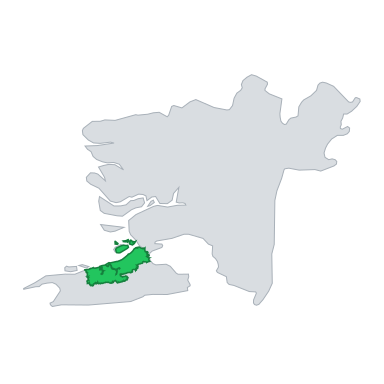 Chittagong, Chittagong, Bangladesh (highlighted), rotated 92°
{"feature_id": "16705992B94200136889214", "entity_name": "Chittagong", "entity_type": "district", "adm_level": 2, "iso_a3": "BGD", "parent_name": "Bangladesh", "parent_adm1": "Chittagong", "projection": "albers", "projection_center": [91.95, 22.424], "detail": "fine", "context": "in_parent", "style": "filled", "palette": "green", "viewbox_px": 384, "rotation_deg": 92, "n_neighbors": 0, "source": "geoboundaries", "source_scale": "gbopen_adm2", "svg_char_len": 9692}
<svg xmlns="http://www.w3.org/2000/svg" viewBox="0 0 384 384"><g transform="rotate(92 192 192)"><path d="M123.0,281.6L123.1,271.3L116.7,250.9L117.1,248.7L115.8,238.9L114.2,233.4L113.5,227.6L117.7,219.4L116.1,218.0L107.2,215.3L106.2,213.2L108.3,205.0L102.0,197.2L99.5,191.4L106.8,172.9L108.8,160.0L108.4,157.5L104.2,154.5L96.8,153.2L91.6,150.6L88.7,146.9L86.1,145.4L82.9,146.4L78.8,144.9L75.4,141.1L72.7,136.6L73.9,131.8L79.6,120.6L81.6,120.3L86.3,122.6L88.0,122.6L91.2,118.2L95.8,105.4L110.7,106.9L114.3,106.5L118.1,105.6L120.1,104.0L121.3,102.0L120.9,100.2L116.4,97.7L114.7,95.8L113.5,90.7L112.2,88.7L103.2,88.2L98.6,85.7L96.1,83.6L91.7,76.5L86.1,71.1L80.8,69.8L78.7,68.0L77.7,65.3L78.4,61.5L81.4,54.2L96.5,38.6L96.9,36.8L96.4,34.7L92.1,32.1L91.9,30.8L93.2,27.5L95.6,27.1L100.7,30.3L105.7,35.3L108.7,39.8L108.8,43.2L112.8,44.0L116.1,45.6L119.6,45.2L121.8,46.1L123.4,45.9L124.0,43.9L121.1,38.8L122.6,36.7L126.0,36.9L128.4,38.8L130.1,42.7L130.3,48.7L134.2,54.3L139.4,58.2L143.5,60.1L148.4,61.4L152.7,60.3L154.9,56.5L154.0,53.1L154.7,50.1L156.4,48.4L159.0,48.6L161.0,51.0L166.6,64.1L165.3,69.9L166.4,85.7L164.8,96.1L165.6,100.1L166.6,100.8L175.3,102.9L187.9,107.2L197.6,108.9L241.5,108.0L251.1,110.1L280.4,108.6L288.4,111.9L297.1,117.3L302.0,121.3L302.9,123.6L302.3,125.6L300.7,126.7L297.7,126.7L290.8,124.1L289.6,124.9L289.5,131.2L283.9,146.9L283.1,151.7L281.2,153.7L275.4,154.7L271.5,163.8L269.9,164.9L266.1,162.9L263.7,163.2L260.7,164.1L257.7,166.2L255.7,168.8L253.3,169.7L245.1,169.5L243.5,173.8L238.0,179.3L234.3,194.0L234.5,198.5L239.0,210.3L242.2,225.6L243.4,227.2L244.9,227.3L245.1,220.3L246.6,219.4L248.5,220.2L252.4,229.7L254.6,232.0L258.0,232.7L262.0,231.3L264.9,228.6L266.1,225.6L265.1,215.3L267.0,211.1L273.7,204.9L274.7,203.0L274.2,192.7L276.8,192.3L280.2,193.2L284.5,190.7L285.8,190.6L287.6,193.3L290.7,192.8L295.3,213.2L295.7,227.6L296.8,235.6L298.4,237.4L303.6,249.4L308.6,291.6L309.3,318.5L311.3,327.6L309.6,329.6L308.0,330.0L306.4,326.8L295.4,320.1L292.7,320.8L288.9,324.7L287.4,328.4L288.1,333.6L289.3,338.6L291.9,341.5L292.1,344.8L295.1,356.8L294.3,356.9L288.2,345.9L280.9,335.1L278.5,315.8L278.3,306.2L273.3,295.0L268.7,275.3L270.7,268.4L267.3,271.4L261.8,259.7L253.3,248.1L250.8,243.0L250.7,238.1L247.0,243.1L242.0,246.5L236.9,251.8L233.5,253.4L222.7,254.3L216.5,247.2L207.7,229.9L206.6,226.0L207.9,215.8L205.8,206.2L205.3,197.7L203.7,198.5L203.1,200.8L203.4,204.4L202.7,207.4L187.8,205.3L194.1,210.4L200.9,211.6L204.5,216.2L204.6,223.7L197.8,228.2L198.4,232.0L202.2,236.7L197.5,237.9L196.2,240.9L196.0,245.3L199.3,251.9L198.7,254.6L204.3,263.3L205.3,267.5L203.9,273.3L191.5,285.1L187.8,293.5L184.7,297.5L181.0,298.1L176.4,294.1L176.4,290.0L177.4,286.7L183.9,278.9L180.4,279.9L170.3,286.3L168.5,281.0L167.3,276.1L167.4,270.1L172.3,261.2L166.8,265.6L165.2,271.2L165.8,277.7L165.0,282.4L162.8,288.5L159.9,292.1L155.2,294.3L153.0,297.9L149.8,300.5L148.9,288.2L145.8,271.6L145.0,275.2L146.6,285.5L146.4,292.1L143.7,297.4L138.5,303.0L134.5,303.7L132.2,302.8L124.9,294.1L124.5,286.0L123.0,281.6ZM213.7,283.0L204.5,284.9L199.8,284.3L208.7,269.5L208.4,262.8L207.1,257.4L202.8,253.0L202.5,249.8L200.6,245.6L199.6,240.6L204.5,239.0L208.5,241.9L209.8,247.6L211.8,251.8L218.6,260.6L218.4,266.0L216.4,279.0L213.7,283.0ZM233.3,278.3L227.7,282.2L229.7,258.7L233.8,267.5L234.8,272.2L233.3,278.3ZM254.7,266.6L252.2,268.3L249.9,266.8L247.0,261.3L248.5,254.3L249.4,253.3L252.9,260.5L254.7,266.6ZM275.2,316.2L272.1,316.5L270.5,314.8L271.2,312.5L270.4,304.8L274.4,304.1L275.9,310.5L275.2,316.2ZM271.7,294.9L269.4,302.5L268.4,299.1L270.1,292.5L271.7,294.9ZM207.0,233.4L207.9,235.8L202.8,232.7L201.5,230.4L203.8,229.3L207.0,233.4Z" fill="#d9dde1" stroke="#a8b0b8" stroke-width="1"/><path d="M285.6,268.6L284.8,268.4L285.2,268.2L285.2,267.5L284.8,267.3L284.2,267.5L283.6,266.2L283.4,266.1L283.1,265.6L284.1,264.7L284.0,264.3L284.4,264.3L284.6,263.9L285.0,263.9L285.4,263.5L285.2,263.3L285.3,262.8L284.6,262.3L284.9,262.0L284.7,261.4L284.9,261.1L284.3,259.9L284.3,259.0L283.9,258.2L283.5,258.3L283.5,256.7L283.1,256.7L283.4,256.4L283.4,256.0L282.1,254.6L281.9,254.6L282.1,253.8L281.1,253.4L280.3,253.9L279.9,253.0L279.5,253.3L279.5,253.7L278.6,254.0L278.2,255.3L278.8,256.0L278.7,257.2L279.0,257.5L279.0,257.9L279.4,258.4L278.8,258.9L279.0,259.4L278.8,259.6L278.7,260.0L278.2,260.1L278.2,260.6L277.9,260.7L276.9,260.9L276.9,260.6L277.3,260.5L276.6,260.5L276.3,260.2L276.5,259.6L276.8,259.5L276.7,258.9L276.4,258.9L276.5,258.0L276.1,257.4L276.3,257.2L276.0,256.3L275.8,256.2L275.9,255.8L275.6,255.5L275.6,254.9L274.8,253.9L275.0,253.6L274.7,252.9L274.7,251.9L274.4,251.3L274.9,250.4L274.6,249.9L274.0,249.7L274.2,249.0L273.9,248.7L273.4,248.8L273.1,248.7L272.5,249.0L271.8,248.8L271.4,247.6L271.8,245.7L272.4,245.6L272.1,245.4L272.0,244.9L271.4,244.8L270.4,245.4L270.3,245.1L270.6,244.7L270.4,244.2L270.1,244.4L270.2,244.6L269.4,243.9L269.1,244.3L269.0,243.8L269.3,243.5L268.1,243.3L267.8,243.4L267.6,244.1L267.3,244.2L267.3,244.5L267.1,244.7L267.1,244.4L266.8,244.2L266.9,243.9L266.2,243.3L265.7,242.0L265.6,241.1L265.1,240.5L265.1,239.4L264.6,238.8L263.7,238.8L263.7,238.5L263.1,238.0L263.5,236.9L263.3,236.4L263.6,235.1L263.8,235.0L263.6,234.9L263.7,234.1L263.2,233.4L262.9,232.2L262.7,232.6L262.3,232.2L261.9,232.2L261.3,232.9L260.0,232.6L260.0,232.8L259.7,232.9L259.4,232.4L259.4,232.9L259.1,233.0L258.9,233.8L258.3,233.7L258.3,234.7L258.0,235.1L257.7,234.6L257.8,234.3L257.4,234.4L257.5,234.0L257.0,234.2L257.3,233.7L257.7,233.9L257.3,233.5L257.3,233.2L257.1,233.2L257.0,232.9L256.6,233.1L256.5,232.9L255.3,234.2L255.2,234.6L254.9,234.2L254.5,234.3L254.0,234.0L253.9,234.2L254.1,234.3L253.8,234.9L253.2,234.6L253.1,235.0L253.6,235.2L253.8,235.5L253.4,235.8L253.4,236.5L252.5,236.8L252.4,237.1L249.6,237.1L250.0,237.5L249.7,237.7L249.8,238.5L250.3,238.4L250.4,238.7L249.9,239.6L249.9,239.8L250.1,239.4L250.3,239.4L249.7,241.4L248.8,242.8L249.5,245.6L249.9,245.2L249.8,245.9L250.7,247.7L253.0,249.1L254.8,250.8L256.0,252.3L256.2,253.4L256.9,254.1L256.6,253.4L259.0,256.0L261.7,259.1L262.6,260.6L264.1,264.0L264.0,264.7L265.7,271.2L265.5,272.5L267.4,275.5L268.6,274.5L269.2,273.6L268.9,273.2L267.3,272.5L267.1,271.5L267.5,270.9L268.4,270.1L270.7,269.4L271.6,266.4L272.2,265.3L271.7,264.6L272.1,264.0L271.4,263.9L271.1,263.6L270.5,262.6L270.3,262.0L270.4,261.8L271.0,261.5L271.3,261.8L271.7,261.2L271.4,261.8L270.9,261.5L270.4,262.0L271.3,263.8L272.2,263.9L272.2,264.2L271.8,264.6L272.3,265.3L273.3,264.5L274.1,264.3L275.3,264.2L276.9,264.7L277.0,265.0L276.3,265.0L275.9,264.8L275.6,264.5L275.0,264.4L273.3,264.8L272.1,266.1L271.9,268.5L271.7,269.1L270.5,270.0L268.7,270.3L267.6,271.1L267.3,271.8L267.6,272.5L269.1,272.9L269.5,273.4L269.2,274.4L268.2,275.3L268.1,276.5L268.7,279.4L269.6,281.7L269.9,281.8L270.2,281.7L269.6,280.2L269.7,279.8L270.0,279.5L270.6,279.8L270.5,280.6L272.5,281.3L272.9,281.2L272.7,280.8L271.4,280.1L271.1,279.6L271.0,279.3L271.1,279.2L271.6,279.2L272.8,279.5L273.6,277.7L273.8,277.8L273.8,278.4L274.3,278.7L274.7,278.0L274.9,278.0L275.7,278.6L276.4,278.3L276.7,278.3L277.2,278.9L276.9,279.0L276.5,278.9L276.4,279.3L276.9,279.8L277.8,280.2L276.8,279.9L276.4,279.5L276.3,278.9L276.6,278.8L276.9,278.9L277.1,278.8L276.7,278.4L275.6,278.7L274.7,278.1L274.6,278.7L274.1,278.8L273.7,278.4L273.6,277.8L272.9,279.6L271.9,279.5L271.4,279.8L271.6,280.1L272.9,280.7L273.0,281.2L272.9,281.5L270.6,281.0L270.2,280.5L270.4,279.8L269.9,279.8L270.0,280.5L270.7,281.8L270.7,283.1L271.5,285.6L271.5,287.1L271.3,288.2L271.1,288.2L271.8,289.7L272.1,291.3L273.0,291.6L272.5,291.6L273.1,292.3L273.0,293.4L273.5,296.4L274.0,296.2L273.9,295.3L274.7,295.3L275.0,294.8L275.3,294.9L275.7,294.4L275.7,294.9L276.1,294.9L276.4,293.7L277.2,293.9L277.8,293.5L278.6,293.8L279.7,293.6L279.8,293.8L279.9,293.4L280.2,293.3L280.0,292.6L280.6,293.0L280.9,292.6L281.1,293.5L281.9,292.7L282.2,292.8L282.6,292.5L282.9,292.7L283.1,292.8L283.5,292.6L283.6,292.2L284.1,292.0L283.8,293.0L284.7,293.9L285.6,293.5L287.1,293.4L286.3,291.4L286.7,291.3L287.1,291.3L287.1,291.6L287.4,291.5L287.7,291.1L288.2,291.0L288.1,290.5L289.2,289.8L289.0,289.2L288.5,288.9L288.6,288.3L289.2,288.3L289.3,288.0L288.5,287.8L288.6,287.3L288.2,287.2L288.0,286.9L287.5,286.7L287.2,286.9L287.0,286.3L286.4,285.8L286.8,285.6L287.2,284.7L286.6,284.5L286.5,284.3L286.1,284.4L286.5,283.5L285.3,283.1L286.8,282.4L287.0,281.9L286.3,281.0L286.9,280.3L286.8,280.0L286.4,279.9L286.4,279.2L286.1,278.9L286.5,278.0L285.6,276.6L285.8,275.8L285.1,275.0L285.4,273.6L285.1,273.2L285.1,272.1L285.7,271.5L285.8,270.4L286.0,270.0L285.9,269.4L285.4,269.4L285.6,268.6ZM252.1,266.3L254.6,265.6L255.3,265.1L255.4,263.0L255.2,261.7L250.5,254.5L249.5,253.7L248.2,254.0L247.5,254.4L247.8,256.0L247.5,258.6L248.4,261.3L250.7,265.6L252.1,266.3ZM242.2,251.4L242.7,251.9L245.9,252.7L246.2,252.4L247.0,249.7L246.2,248.6L245.8,248.4L245.5,248.6L245.7,248.1L245.1,247.6L243.3,246.7L243.8,247.6L243.5,249.4L243.1,250.4L242.2,251.4ZM246.6,264.4L246.1,264.2L244.0,266.9L244.1,267.2L245.9,267.1L246.4,266.7L246.3,266.2L246.7,266.6L246.9,265.7L246.7,265.3L246.8,264.9L246.5,264.8L246.6,264.4ZM242.9,256.2L243.8,256.1L243.7,255.6L244.0,255.7L243.9,255.1L243.7,255.1L244.1,255.0L244.0,254.2L243.8,254.1L243.5,253.6L243.2,253.7L243.2,254.3L243.0,253.6L242.5,253.6L241.8,254.1L242.9,256.2ZM243.3,258.2L243.6,257.4L243.5,258.1L244.0,258.4L244.1,257.3L244.1,257.0L243.6,256.9L244.0,256.8L243.9,256.4L242.9,256.2L243.3,258.2ZM271.1,269.4L271.8,268.6L271.8,268.0L271.4,268.3L271.1,269.4ZM271.3,279.8L271.5,279.3L271.1,279.2L271.1,279.6L271.3,279.8ZM276.5,264.9L276.2,264.6L275.8,264.5L276.1,264.8L276.5,264.9ZM244.2,254.1L244.0,253.7L243.9,253.7L243.8,254.0L244.2,254.1ZM243.3,258.9L243.5,258.9L243.3,258.4L243.3,258.9Z" fill="#22c55e" stroke="#15803d" stroke-width="1.5"/></g></svg>